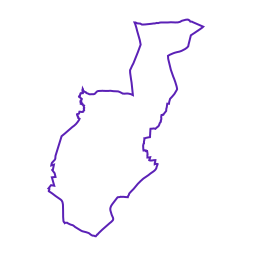 Huai Rat, Buri Ram, Thailand, rotated 354°
{"feature_id": "78962969B72247490671236", "entity_name": "Huai Rat", "entity_type": "district", "adm_level": 2, "iso_a3": "THA", "parent_name": "Thailand", "parent_adm1": "Buri Ram", "projection": "orthographic", "projection_center": [103.226, 15.006], "detail": "fine", "context": "isolated", "style": "outline", "palette": "violet", "viewbox_px": 256, "rotation_deg": 354, "n_neighbors": 0, "source": "geoboundaries", "source_scale": "gbopen_adm2", "svg_char_len": 5363}
<svg xmlns="http://www.w3.org/2000/svg" viewBox="0 0 256 256"><g transform="rotate(354 128 128)"><path d="M87.1,84.3L87.0,84.8L86.9,84.9L86.7,85.1L86.6,85.6L86.6,85.9L86.7,86.5L86.6,87.0L86.5,88.1L86.9,88.3L86.9,88.5L86.7,88.7L85.9,88.6L85.6,88.5L84.7,88.4L84.5,88.5L84.4,88.6L84.2,89.0L84.2,89.5L83.7,90.1L83.6,90.3L83.6,90.6L83.6,91.0L83.3,91.4L82.6,91.4L82.5,91.6L82.6,91.9L82.8,92.2L83.1,92.4L83.7,92.8L84.1,93.3L84.5,93.7L84.9,94.0L85.0,94.2L85.1,94.3L84.9,94.9L84.6,95.1L84.4,95.5L83.9,95.6L83.6,96.1L83.5,96.4L83.4,97.1L83.6,97.2L84.1,96.8L84.3,96.8L84.3,97.1L84.0,97.4L84.0,97.7L84.0,98.1L83.7,98.3L83.5,99.0L83.9,99.2L84.1,99.1L84.5,98.7L85.1,98.8L85.2,99.1L84.7,99.2L84.7,99.4L84.8,99.5L85.0,99.5L85.2,100.0L85.7,100.6L85.9,100.7L86.5,100.9L86.7,101.1L86.3,101.7L86.2,102.0L86.3,102.5L86.5,103.0L86.6,103.4L86.5,103.6L86.2,103.7L86.1,103.8L86.1,104.6L86.2,105.0L86.2,105.8L85.7,105.9L85.6,106.0L85.2,107.1L84.8,107.2L84.0,107.3L83.2,107.1L82.8,107.0L81.8,106.7L81.4,106.7L80.9,108.4L80.8,108.5L80.7,108.6L80.3,108.7L78.8,108.9L78.7,109.0L78.7,109.4L78.9,110.3L79.0,110.4L79.2,110.6L79.2,111.2L79.5,111.3L79.6,111.5L79.5,112.5L79.5,112.8L79.7,113.0L79.9,113.1L80.2,113.2L80.3,113.3L80.8,113.7L80.2,114.8L78.5,116.8L76.8,118.5L74.8,120.0L72.6,121.3L64.9,126.7L61.1,129.2L53.0,148.1L52.5,150.8L52.1,151.6L51.8,152.0L48.8,154.6L48.4,155.3L47.8,157.2L50.5,156.7L48.9,161.7L48.3,161.7L48.2,161.8L50.3,165.3L50.8,169.1L47.1,169.1L47.3,170.1L48.6,177.7L45.5,176.8L42.6,179.8L43.4,180.2L43.4,180.3L43.4,180.6L43.2,181.3L43.0,181.7L42.6,182.3L42.6,182.6L44.4,184.0L45.6,185.0L49.0,188.2L53.3,191.9L53.9,192.5L54.5,193.3L54.8,194.1L55.1,194.9L55.3,197.4L54.8,203.5L54.2,209.7L54.1,213.2L54.1,214.0L54.4,214.8L54.7,215.1L54.9,215.2L55.0,215.3L55.1,215.8L55.4,215.6L55.5,215.7L55.6,215.8L57.2,215.8L57.7,215.9L57.8,216.0L58.4,216.6L60.0,217.6L61.1,218.2L62.9,218.9L64.2,220.0L64.9,220.8L70.5,225.1L71.8,225.9L75.6,227.3L76.7,227.8L77.8,228.3L78.1,228.5L78.9,229.2L79.3,229.7L80.6,230.8L81.3,231.2L81.4,231.3L82.7,231.5L83.0,231.6L83.8,232.1L84.1,232.2L84.7,232.3L86.2,230.7L86.4,230.6L86.6,230.7L87.7,229.6L91.8,226.4L97.9,222.1L100.0,220.6L101.3,219.8L102.8,218.6L103.4,218.0L103.7,217.3L103.8,216.7L103.7,215.7L102.7,212.6L101.9,208.3L101.9,206.6L102.3,205.3L103.0,203.9L103.5,203.2L104.6,201.9L110.1,196.1L110.5,195.8L111.5,195.8L112.7,195.8L113.3,195.7L113.5,195.6L114.8,195.9L115.9,195.9L118.3,196.4L120.6,196.8L120.9,195.8L121.1,195.6L121.7,194.9L122.3,193.5L122.5,193.2L124.5,191.4L127.3,189.1L131.9,184.6L135.1,182.0L136.0,181.4L137.0,180.6L138.2,179.8L141.2,178.2L143.6,176.9L145.4,175.7L148.7,173.9L149.8,173.2L150.9,172.3L151.9,171.1L152.0,170.8L152.5,169.4L152.9,168.7L153.7,167.0L153.4,166.8L152.8,166.7L152.2,166.6L151.1,166.7L150.8,166.8L150.9,165.8L151.7,163.7L151.9,162.8L150.1,162.7L148.8,162.8L148.1,162.8L147.0,162.7L146.5,162.6L145.8,162.3L145.7,162.2L146.3,161.2L147.0,159.4L145.8,159.5L145.5,159.6L145.2,159.5L144.2,159.4L144.4,158.1L144.4,156.9L144.7,156.4L144.7,156.2L144.7,155.2L144.6,152.9L143.4,152.9L143.3,152.1L143.2,152.1L142.1,152.1L142.0,151.9L141.1,152.0L141.0,150.9L141.2,147.2L141.6,145.9L141.8,145.4L142.1,144.8L142.3,144.8L142.5,142.9L142.8,142.2L143.0,141.4L143.2,139.9L144.0,140.0L144.8,139.7L146.8,139.5L148.1,139.4L148.9,139.4L149.0,139.1L149.2,137.3L149.4,136.5L149.6,134.9L149.9,133.4L150.1,131.8L150.3,131.1L152.4,131.2L153.1,131.1L154.6,131.4L155.1,131.7L156.7,130.5L158.0,129.7L158.8,129.0L159.4,128.0L160.0,126.6L160.3,126.2L160.7,125.9L160.8,125.7L161.0,125.3L161.3,125.2L161.5,124.3L161.4,123.9L161.5,123.7L161.8,123.3L161.9,123.2L162.1,122.1L162.2,121.6L162.1,120.7L162.5,119.2L162.7,118.6L163.8,118.7L164.3,118.6L164.3,118.2L164.7,118.0L164.9,118.0L166.0,116.8L167.7,115.1L167.9,114.2L168.1,112.9L168.7,111.5L169.1,109.8L169.6,107.9L171.3,108.2L171.7,106.4L172.9,103.4L175.2,101.4L177.5,99.2L178.0,98.6L180.3,95.5L180.9,94.5L180.9,94.3L180.8,92.6L180.6,91.2L179.8,87.1L179.0,83.8L178.4,81.8L176.7,74.6L175.5,65.7L175.2,63.3L175.3,60.4L177.3,59.5L180.9,58.4L182.6,58.0L184.5,57.7L187.2,57.4L189.3,56.9L193.1,55.4L195.0,54.3L196.4,53.1L197.1,50.9L200.2,42.4L209.9,37.3L212.5,35.8L213.4,35.1L203.5,29.5L203.0,29.1L202.6,28.9L201.1,28.7L200.8,28.1L200.5,27.7L200.3,27.3L199.6,27.0L199.4,26.7L199.2,26.6L198.8,26.4L198.5,26.4L198.0,26.5L197.3,26.3L192.8,27.0L190.7,27.9L189.1,28.1L188.6,28.2L187.1,28.0L186.2,28.0L185.0,27.8L183.0,27.5L181.7,27.3L178.3,27.2L172.0,26.5L170.5,26.5L169.2,26.8L168.7,26.8L167.6,26.5L167.4,26.5L166.7,26.7L165.5,26.8L164.5,26.7L162.3,26.8L158.3,26.8L155.7,26.8L152.7,26.6L151.7,25.9L151.3,25.6L151.2,25.5L148.2,24.9L147.9,24.7L147.3,24.3L146.7,24.0L146.3,23.8L145.5,23.7L146.1,25.6L146.8,29.2L147.2,32.1L148.9,41.8L149.3,46.4L145.7,53.7L140.1,64.3L138.5,66.7L137.1,69.1L136.1,70.7L135.9,73.3L136.1,79.6L136.3,83.1L136.3,85.8L136.3,89.7L136.3,95.8L134.5,94.7L132.2,93.9L130.8,93.6L128.3,93.5L127.9,93.5L127.2,93.3L126.6,93.3L126.3,93.2L125.8,92.8L123.5,91.3L122.1,90.6L121.0,90.4L118.9,90.1L117.1,89.8L114.7,89.2L114.0,89.1L112.9,89.1L112.3,89.1L107.3,88.5L106.6,88.3L105.9,88.3L102.3,88.1L101.3,88.3L100.9,88.5L98.4,90.6L97.8,90.7L97.3,90.8L96.7,90.7L94.0,90.5L93.1,90.4L91.5,89.4L90.5,89.0L90.3,88.9L90.2,88.7L90.0,88.2L89.4,87.9L89.2,87.7L88.9,87.6L88.6,87.4L88.3,87.2L87.7,86.4L87.3,86.2L87.2,86.0L87.1,85.7L87.3,84.8L87.1,84.3Z" fill="none" stroke="#5b21b6" stroke-width="2"/></g></svg>